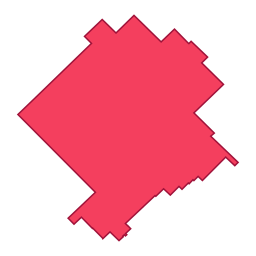 the district of Pehuajó, Buenos Aires, Argentina
{"feature_id": "61730980B33030242655186", "entity_name": "Pehuajó", "entity_type": "district", "adm_level": 2, "iso_a3": "ARG", "parent_name": "Argentina", "parent_adm1": "Buenos Aires", "projection": "robinson", "projection_center": [-61.837, -35.91], "detail": "fine", "context": "isolated", "style": "filled", "palette": "rose", "viewbox_px": 256, "rotation_deg": 0, "n_neighbors": 0, "source": "geoboundaries", "source_scale": "gbopen_adm2", "svg_char_len": 767}
<svg xmlns="http://www.w3.org/2000/svg" viewBox="0 0 256 256"><path d="M174.5,29.1L161.1,41.9L134.0,15.4L116.0,33.0L102.2,19.5L84.5,36.4L91.5,43.4L38.8,94.4L17.9,114.5L95.4,192.3L68.1,218.2L74.0,224.2L81.4,217.2L92.4,228.4L92.7,228.1L102.4,237.9L102.8,238.7L110.0,231.9L119.0,240.6L123.2,236.8L122.7,236.2L124.3,234.8L125.4,235.9L126.8,234.7L125.6,233.5L130.7,228.7L127.8,225.7L127.7,225.8L125.4,223.5L155.0,195.6L155.8,196.3L163.6,188.8L170.3,195.1L179.0,186.4L182.0,189.3L188.3,183.0L189.1,183.8L193.0,179.7L193.9,180.6L198.1,176.4L202.4,180.5L225.7,157.1L234.8,165.7L238.1,162.4L233.5,158.0L210.7,136.2L214.3,133.1L193.9,112.9L223.5,84.4L201.7,62.9L207.6,57.1L191.1,41.3L188.9,43.6L187.8,42.7L174.5,29.1Z" fill="#f43f5e" stroke="#9f1239" stroke-width="1.5"/></svg>